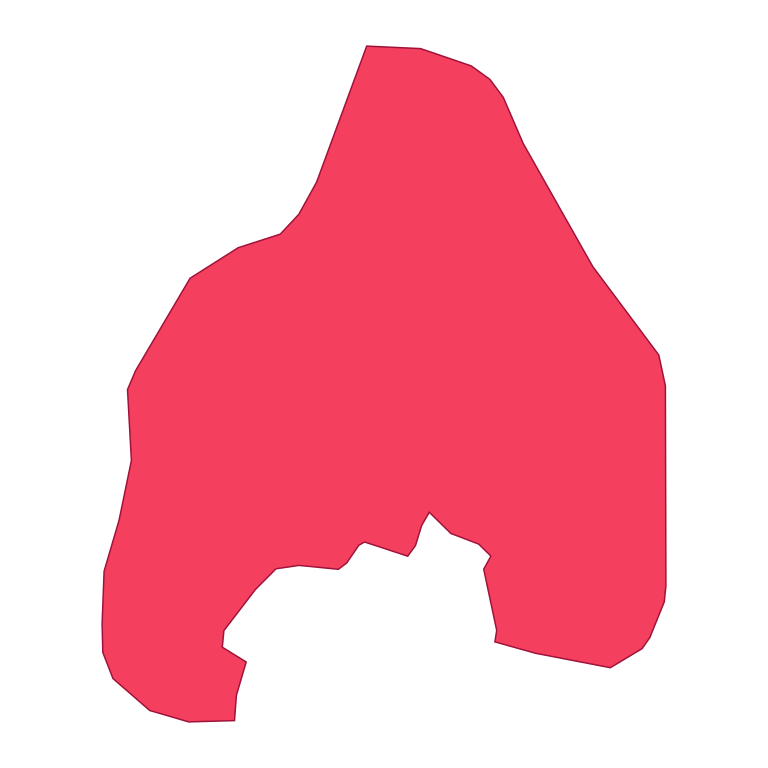 map outline of Oslo (orthographic projection)
{"feature_id": "NOR-921", "entity_name": "Oslo", "entity_type": "County", "adm_level": 1, "iso_a3": "NOR", "parent_name": "Norway", "parent_adm1": "", "projection": "orthographic", "projection_center": [10.625, 59.979], "detail": "fine", "context": "isolated", "style": "filled", "palette": "rose", "viewbox_px": 768, "rotation_deg": 0, "n_neighbors": 0, "source": "natural_earth", "source_scale": "10m", "svg_char_len": 763}
<svg xmlns="http://www.w3.org/2000/svg" viewBox="0 0 768 768"><path d="M494.9,641.9L496.7,630.4L483.7,569.2L490.9,556.1L478.7,544.1L450.9,533.5L429.3,512.3L421.7,525.3L415.5,545.5L407.7,556.2L364.6,542.0L358.9,545.2L346.7,563.0L338.4,569.3L298.9,565.4L276.0,568.8L255.5,589.4L223.9,630.6L222.3,647.2L246.2,662.0L236.4,695.3L234.5,720.6L188.7,721.9L149.7,710.5L113.0,678.6L102.8,652.4L102.1,623.6L104.1,571.2L119.0,520.5L131.4,460.5L127.5,389.6L135.6,370.6L190.1,278.2L238.2,247.7L280.3,234.1L298.8,214.3L316.6,182.1L366.7,46.1L420.6,48.6L471.4,66.0L490.0,79.5L503.3,97.4L523.2,143.5L592.9,266.8L658.8,355.0L665.4,385.9L665.9,585.9L664.3,601.8L649.8,637.6L642.1,648.6L610.3,667.7L535.6,653.3L494.9,641.9Z" fill="#f43f5e" stroke="#9f1239" stroke-width="1.5"/></svg>